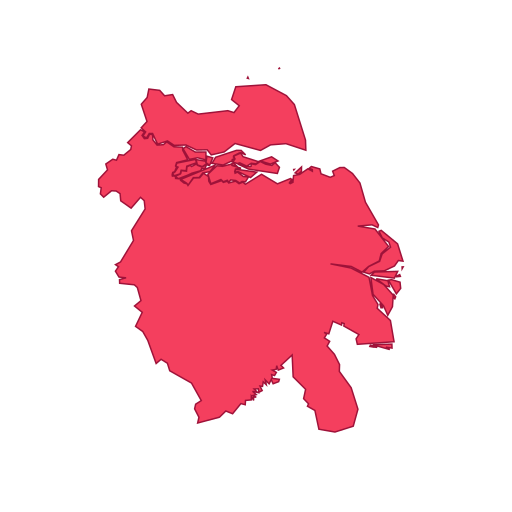 outline of Kubu Raya, Kalimantan Barat, Indonesia, rotated 162°
{"feature_id": "22746128B69090577702614", "entity_name": "Kubu Raya", "entity_type": "district", "adm_level": 2, "iso_a3": "IDN", "parent_name": "Indonesia", "parent_adm1": "Kalimantan Barat", "projection": "albers", "projection_center": [109.326, -0.379], "detail": "fine", "context": "isolated", "style": "filled", "palette": "rose", "viewbox_px": 512, "rotation_deg": 162, "n_neighbors": 0, "source": "geoboundaries", "source_scale": "gbopen_adm2", "svg_char_len": 6184}
<svg xmlns="http://www.w3.org/2000/svg" viewBox="0 0 512 512"><g transform="rotate(162 256 256)"><path d="M382.1,368.7L384.8,363.2L382.7,359.0L373.2,362.7L368.9,361.0L366.0,357.3L367.6,350.3L360.0,340.1L347.7,347.5L345.2,343.2L346.9,335.0L366.6,318.5L367.7,308.6L386.7,292.2L392.3,291.2L390.1,288.3L394.4,285.0L392.8,278.3L386.3,275.4L393.1,275.7L394.1,272.2L380.6,266.2L378.6,262.7L379.2,249.1L387.0,246.0L381.6,237.6L392.3,226.3L387.0,219.1L385.0,209.2L384.2,184.6L378.2,187.1L373.4,181.4L373.5,173.5L356.6,155.1L352.7,135.4L359.2,133.7L361.6,129.6L360.1,120.3L363.1,115.2L340.5,114.0L332.6,117.9L327.0,113.2L316.0,120.3L312.2,117.9L310.6,121.9L305.0,120.6L303.8,124.0L302.9,119.4L301.9,122.6L299.4,121.7L302.0,124.3L298.6,124.1L301.1,128.4L296.6,125.7L298.9,130.1L294.8,129.0L295.3,125.5L291.7,126.1L292.4,131.1L290.1,130.0L288.0,134.1L286.0,130.4L285.5,135.3L283.0,130.4L279.7,133.8L279.2,129.2L273.3,129.5L271.9,131.5L278.3,134.6L277.8,138.4L275.3,136.6L272.6,139.0L275.8,142.5L271.8,142.0L270.2,145.3L270.1,140.6L264.4,141.0L266.1,144.3L252.2,150.7L258.0,129.6L250.0,113.9L254.8,105.6L251.7,99.2L253.5,97.2L247.7,90.9L249.7,71.8L235.3,64.2L216.1,64.1L206.4,78.8L206.2,101.3L212.4,120.5L210.1,126.9L211.8,138.3L216.2,148.4L212.3,152.1L216.3,157.0L212.8,160.0L214.9,162.3L210.8,159.5L203.1,170.2L196.0,163.9L195.0,166.0L193.0,164.5L194.1,162.2L182.4,149.5L186.4,146.3L186.9,140.7L151.2,131.8L148.1,153.1L156.9,168.8L155.0,172.2L157.4,182.4L155.1,200.8L169.4,215.2L187.6,225.5L168.6,216.6L160.1,207.9L152.1,211.3L140.3,213.2L136.2,219.7L127.0,224.1L134.5,244.9L150.0,253.0L136.0,249.8L131.4,245.5L129.9,247.7L135.3,273.3L134.6,293.3L138.7,304.6L144.7,312.9L148.9,314.2L156.9,313.0L156.7,308.3L161.1,307.9L168.8,314.1L168.4,319.1L175.7,324.0L178.2,323.0L175.7,320.8L176.2,319.2L179.7,322.9L189.3,320.1L195.4,320.9L198.1,314.7L200.9,314.2L201.4,314.6L201.2,315.6L198.4,317.8L199.2,319.0L213.3,318.0L225.5,332.0L243.9,327.5L245.7,330.3L249.8,330.0L252.3,333.5L259.4,333.9L260.2,336.0L264.3,336.1L265.4,338.3L276.9,338.0L277.8,341.7L276.6,346.2L280.4,350.9L285.4,347.8L291.3,349.5L298.9,344.1L299.3,346.0L301.9,347.6L304.4,351.3L304.0,352.3L302.0,353.0L305.5,353.3L308.5,354.6L308.1,355.6L308.4,356.5L308.2,357.2L310.8,357.8L310.7,359.0L309.4,361.2L307.3,361.3L304.9,364.2L303.4,364.8L304.4,365.6L304.7,366.5L302.6,369.4L291.2,368.6L293.0,379.2L292.3,382.2L300.3,385.2L305.6,392.1L309.7,390.5L315.8,392.0L318.2,398.3L316.8,403.4L319.6,404.7L322.7,401.4L325.9,402.1L327.1,405.9L323.6,408.5L326.9,411.7L343.0,403.5L340.4,399.3L342.2,396.0L350.6,392.7L355.0,394.8L359.1,390.2L362.3,392.3L370.4,389.9L370.6,383.8L382.0,377.5L384.3,370.7L382.1,368.7ZM175.9,341.2L173.1,350.9L172.7,388.2L177.5,399.1L193.6,415.8L222.9,423.2L230.9,412.3L225.5,404.1L232.6,399.2L237.9,402.9L267.1,408.8L272.8,414.2L276.7,412.9L284.1,426.6L285.4,435.3L293.4,436.6L296.4,443.3L306.3,447.9L310.5,440.4L318.2,435.8L318.1,417.6L325.6,413.4L322.6,408.1L326.4,405.1L323.7,402.1L319.7,405.5L316.5,404.5L315.0,392.8L304.6,392.8L299.6,386.5L288.3,383.2L279.8,375.2L269.6,372.1L267.3,366.0L254.1,364.8L241.2,369.5L219.1,355.0L207.8,357.2L192.8,353.6L175.9,341.2ZM138.5,202.3L127.4,203.7L122.0,207.7L117.8,205.7L117.6,223.8L129.0,241.7L131.4,241.5L130.3,234.2L125.3,228.2L125.3,222.8L135.4,219.0L140.1,212.7L152.1,211.1L158.5,207.3L153.7,203.9L148.2,205.0L138.5,202.3ZM246.2,331.2L243.1,329.8L238.7,333.5L243.5,335.5L247.7,341.5L250.3,341.2L250.2,342.9L248.6,345.1L243.1,344.1L250.7,349.4L250.9,349.7L251.0,351.0L260.1,351.6L265.3,353.9L276.5,348.6L276.6,338.7L265.7,339.6L264.1,336.7L259.9,336.9L259.1,334.5L256.6,336.2L251.8,334.0L249.0,330.5L246.2,331.2ZM156.5,183.5L150.1,169.2L149.0,158.9L141.9,165.6L137.6,176.3L143.4,189.5L153.4,200.0L156.5,183.5ZM210.2,327.9L206.3,333.1L209.0,338.8L212.9,337.2L218.4,340.3L222.8,344.6L228.1,343.0L232.1,345.1L232.9,342.9L233.7,342.8L237.5,344.0L241.6,346.8L242.8,349.3L244.3,348.5L236.3,341.0L210.2,327.9ZM259.1,352.7L250.1,353.8L248.9,352.8L248.9,354.8L248.7,355.1L246.1,355.1L246.9,357.1L246.2,358.2L239.9,359.2L238.4,358.9L234.6,355.4L237.5,361.0L241.8,362.5L263.9,362.4L269.2,357.7L259.1,352.7ZM305.8,353.5L295.8,354.0L291.3,354.6L282.4,354.2L280.6,355.9L277.2,355.1L275.1,357.9L280.0,357.4L283.7,360.4L284.2,362.0L289.6,361.0L290.6,362.6L294.1,362.2L295.9,358.1L300.7,360.3L301.8,358.1L302.5,357.4L308.3,356.7L305.8,353.5ZM281.2,367.5L273.9,362.9L271.5,370.4L281.6,373.6L288.8,381.6L292.2,380.6L289.5,368.5L281.2,367.5ZM237.0,344.3L231.9,345.7L227.2,343.6L224.7,345.1L237.6,354.4L238.8,358.6L246.2,357.9L246.1,354.7L249.0,352.6L250.4,353.5L245.1,349.7L242.6,349.6L237.0,344.3ZM303.9,352.1L299.5,346.8L298.6,344.4L291.4,349.9L285.8,348.2L280.9,351.5L273.6,350.5L267.0,355.0L303.9,352.1ZM152.4,202.1L131.2,192.2L126.0,197.6L148.2,204.1L152.4,202.1ZM309.0,357.6L302.7,357.6L300.7,360.7L296.0,358.7L294.1,362.8L283.6,363.1L283.9,366.6L302.6,368.8L304.5,366.2L302.7,364.6L307.1,361.0L309.9,360.1L309.0,357.6ZM236.9,332.3L229.4,335.5L248.6,344.9L249.7,342.0L247.1,341.9L236.9,332.3ZM137.5,192.1L134.2,176.6L128.4,180.5L127.1,186.6L134.4,191.6L137.5,192.1ZM157.7,125.7L160.6,129.2L155.1,126.4L154.0,130.2L172.4,135.5L157.7,125.7ZM213.9,339.0L205.7,339.6L210.5,345.5L222.7,345.2L213.9,339.0ZM148.6,197.2L141.7,187.3L138.5,185.5L138.2,191.7L148.6,197.2ZM275.4,358.7L272.7,356.5L274.6,358.6L274.8,361.8L283.2,366.2L283.6,360.8L279.5,357.6L275.4,358.7ZM271.8,366.1L274.7,360.3L272.1,356.6L266.8,362.7L271.8,366.1ZM190.6,320.9L186.6,322.5L185.2,326.6L193.1,323.0L190.6,320.9ZM246.8,348.0L248.4,351.0L250.6,351.2L250.6,349.4L246.8,348.0ZM153.0,172.5L153.1,168.1L151.7,167.7L151.4,169.4L153.0,172.5ZM136.7,176.6L138.1,174.3L137.2,172.4L135.8,174.0L136.7,176.6ZM201.1,315.5L198.4,314.8L198.2,317.2L201.1,315.5ZM125.0,192.0L125.1,193.9L128.7,193.4L128.7,192.8L125.0,192.0ZM173.7,135.3L172.9,133.4L170.3,132.3L172.1,134.5L173.7,135.3ZM174.9,135.7L175.7,134.8L173.8,133.8L174.9,135.7ZM120.4,200.5L120.9,198.8L119.4,200.2L120.4,200.5ZM176.9,426.9L175.6,427.2L175.7,427.5L176.9,426.9ZM209.3,427.8L208.4,427.2L208.5,428.6L209.3,427.8ZM169.7,132.4L170.0,132.1L169.0,131.6L169.7,132.4ZM193.4,326.6L193.4,326.2L192.9,326.5L193.4,326.6Z" fill="#f43f5e" stroke="#9f1239" stroke-width="1.5"/></g></svg>